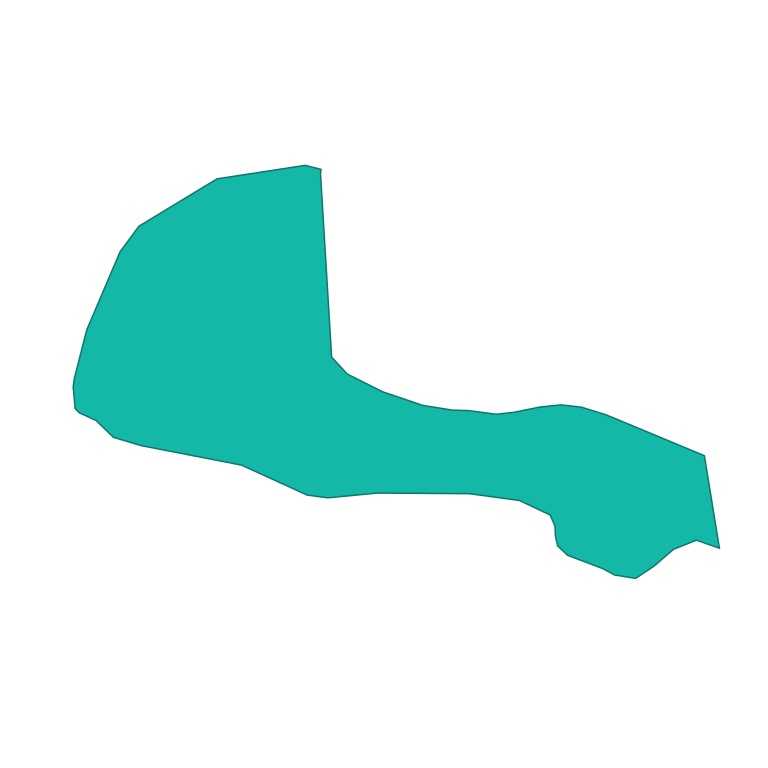 the border of Zamboanga, rotated 82°
{"feature_id": "PHL-4932", "entity_name": "Zamboanga", "entity_type": "Highly Urbanized City", "adm_level": 1, "iso_a3": "PHL", "parent_name": "Philippines", "parent_adm1": "", "projection": "robinson", "projection_center": [122.183, 7.185], "detail": "fine", "context": "isolated", "style": "filled", "palette": "teal", "viewbox_px": 768, "rotation_deg": 82, "n_neighbors": 0, "source": "natural_earth", "source_scale": "10m", "svg_char_len": 742}
<svg xmlns="http://www.w3.org/2000/svg" viewBox="0 0 768 768"><g transform="rotate(82 384 384)"><path d="M593.3,74.7L582.1,96.5L588.0,120.3L601.8,141.7L611.5,161.9L605.3,182.1L597.0,193.5L579.2,226.1L568.4,234.6L558.4,235.4L548.3,234.5L536.9,237.7L518.2,266.1L504.5,314.8L491.1,405.6L488.9,455.4L483.3,475.6L444.5,536.4L411.3,632.9L399.2,659.3L380.1,674.2L370.1,689.8L365.3,693.3L343.6,692.2L335.2,689.8L289.0,670.8L216.4,627.0L193.6,604.7L157.6,520.8L156.5,431.6L162.7,416.5L162.9,416.5L166.8,417.6L350.0,432.1L367.9,419.8L369.1,418.9L391.5,386.5L410.5,348.8L419.4,319.9L422.1,303.9L429.6,277.0L430.1,259.3L428.5,232.3L429.3,211.5L434.4,191.8L445.4,168.4L499.6,76.7L593.3,74.7Z" fill="#14b8a6" stroke="#0f766e" stroke-width="1.5"/></g></svg>